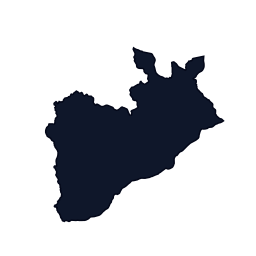 Pante Macassar, Ambeno, East Timor, rotated 162°
{"feature_id": "22284137B41915999739632", "entity_name": "Pante Macassar", "entity_type": "district", "adm_level": 2, "iso_a3": "TLS", "parent_name": "East Timor", "parent_adm1": "Ambeno", "projection": "orthographic", "projection_center": [124.394, -9.27], "detail": "fine", "context": "isolated", "style": "filled", "palette": "ink", "viewbox_px": 256, "rotation_deg": 162, "n_neighbors": 0, "source": "geoboundaries", "source_scale": "gbopen_adm2", "svg_char_len": 5855}
<svg xmlns="http://www.w3.org/2000/svg" viewBox="0 0 256 256"><g transform="rotate(162 128 128)"><path d="M97.9,202.5L98.7,201.4L98.5,199.2L98.1,197.2L98.9,194.9L100.4,193.7L100.5,192.9L100.0,191.7L100.4,191.3L100.5,190.6L101.0,190.2L101.1,189.9L100.2,185.7L100.6,184.1L100.6,183.1L100.1,182.3L99.6,181.8L98.8,181.3L95.6,180.1L95.1,179.7L94.8,178.6L95.2,176.6L94.6,175.1L94.1,174.2L92.9,173.7L92.6,173.4L92.4,173.0L92.3,172.4L92.5,171.5L94.0,168.7L94.0,168.2L93.7,167.4L93.8,166.3L94.5,165.2L95.5,165.2L97.5,164.5L98.7,164.4L99.3,164.8L100.9,166.8L101.3,168.3L101.8,168.3L102.3,167.9L103.0,166.5L103.8,166.1L105.3,166.3L109.7,165.3L110.2,165.0L111.1,165.4L111.9,165.5L114.5,163.6L114.6,162.9L114.3,161.1L114.4,160.8L115.5,159.4L115.5,158.4L114.3,155.1L114.5,154.1L114.4,153.2L113.4,152.3L111.7,151.6L111.4,151.2L111.2,149.5L112.0,147.6L112.1,146.4L111.9,144.9L112.1,144.4L115.3,143.6L118.8,143.4L119.6,143.1L119.9,142.6L119.5,141.8L119.6,141.4L120.2,140.4L120.3,139.7L120.5,139.3L121.8,139.5L122.4,139.8L122.6,140.8L122.7,142.0L123.0,142.8L122.8,143.7L123.0,145.6L123.2,146.3L125.4,148.4L126.4,148.9L126.7,149.5L127.8,149.8L130.2,148.7L132.1,148.2L133.6,148.4L135.6,150.3L136.0,152.0L136.3,152.4L140.1,155.6L141.0,156.2L142.0,156.4L144.4,156.1L145.9,156.3L147.4,157.1L147.9,158.0L149.7,160.0L150.8,160.3L151.4,159.6L151.8,159.6L152.3,160.0L152.4,160.9L153.0,161.9L153.1,163.0L153.1,163.4L152.3,164.8L151.7,166.5L151.7,167.0L151.8,167.5L152.6,168.3L153.0,169.4L153.4,169.7L155.8,170.4L156.2,171.2L156.5,172.4L156.9,172.8L157.6,172.7L158.2,172.2L159.7,172.1L160.6,173.6L160.6,175.2L161.2,176.1L162.5,175.9L164.1,176.4L164.3,176.7L164.4,177.7L165.7,179.0L165.9,178.8L166.4,178.8L166.7,178.3L167.2,178.1L167.4,178.1L167.9,178.4L169.0,177.7L169.7,176.9L170.3,176.9L171.0,177.6L171.7,177.7L173.5,175.8L174.2,175.8L174.8,176.1L175.5,175.6L176.6,175.6L178.7,175.9L179.3,175.6L180.7,174.6L181.1,173.6L182.2,173.1L183.1,173.4L184.0,173.3L184.6,174.0L185.3,174.5L186.1,173.7L186.5,173.0L187.5,172.8L187.9,173.4L187.6,174.0L187.8,174.7L188.3,175.3L190.4,174.5L190.8,174.1L191.0,172.9L190.3,172.3L190.1,172.0L190.3,170.5L190.8,170.0L191.3,169.9L191.2,168.9L191.7,167.3L190.9,165.9L191.9,164.3L191.4,162.8L191.6,161.0L191.8,160.6L193.3,160.0L193.7,159.4L194.2,159.2L194.5,158.3L195.2,157.6L195.4,156.7L196.2,155.0L196.6,154.6L197.5,154.6L198.5,155.2L201.7,156.2L202.1,156.1L202.3,155.3L202.8,154.8L203.4,154.3L205.2,153.6L205.6,152.8L206.1,152.5L207.0,151.1L207.6,149.4L207.6,147.6L207.4,146.7L207.3,145.1L205.3,142.7L204.9,142.6L204.2,139.7L202.8,138.3L202.5,137.4L202.6,137.0L203.0,136.7L203.1,136.2L202.9,135.2L203.3,134.7L203.3,133.7L203.0,133.1L203.2,132.4L202.1,129.1L202.0,127.8L202.0,126.5L203.1,123.7L204.2,122.0L205.8,120.3L206.6,118.7L207.4,114.4L207.7,113.8L208.4,113.8L208.9,114.4L209.4,114.5L210.1,114.2L210.4,113.6L210.4,113.0L209.6,112.2L209.7,110.9L209.2,108.6L209.7,107.7L210.0,106.7L210.8,106.1L211.1,105.6L210.8,104.1L210.4,103.2L210.6,102.7L210.1,101.8L210.1,101.1L210.2,100.0L211.0,99.3L211.4,98.6L211.1,96.9L210.5,96.2L210.3,95.3L210.4,93.8L210.9,92.6L210.7,91.3L211.5,90.0L211.3,89.0L211.7,88.0L211.4,86.3L211.8,84.7L212.2,84.2L212.1,83.5L214.0,82.5L215.1,81.3L215.4,80.7L216.0,80.8L216.5,80.2L217.5,80.0L217.3,79.0L218.3,78.3L218.4,77.8L218.7,77.5L220.2,77.1L221.1,77.1L221.0,76.6L221.5,76.3L221.9,76.6L222.2,76.4L222.1,75.7L220.8,75.0L219.9,74.4L219.9,74.2L220.5,73.9L220.5,72.8L220.9,71.9L220.6,70.9L220.5,69.4L219.6,67.8L219.7,66.9L219.4,65.9L219.6,63.5L219.0,61.9L219.0,60.3L218.6,59.7L217.7,59.2L217.5,58.9L216.5,59.3L215.0,59.0L213.0,57.4L212.1,57.4L211.7,57.6L210.4,57.9L206.1,56.2L204.5,55.9L202.4,55.0L197.7,53.6L196.3,53.5L193.7,53.9L191.2,55.1L187.5,54.2L182.9,54.0L181.8,54.1L180.2,54.7L177.6,56.2L175.7,56.9L174.8,57.4L172.3,57.9L171.4,58.4L169.8,60.0L168.5,61.6L167.0,62.5L165.6,64.7L164.4,65.4L163.7,66.0L163.0,67.6L162.4,68.3L161.4,69.0L160.6,69.1L158.6,68.5L158.6,68.2L158.2,68.2L156.7,68.5L156.0,68.9L154.8,70.3L152.3,72.5L149.4,73.0L147.5,73.6L144.7,74.9L143.1,75.4L141.2,76.5L140.5,76.6L138.6,76.2L135.1,75.9L133.4,76.2L131.0,76.3L127.3,75.0L122.6,74.4L121.2,74.7L120.2,74.5L116.5,74.9L113.4,75.0L112.3,75.7L110.9,75.9L109.6,76.4L104.9,78.0L104.0,77.8L103.0,76.9L102.0,76.5L100.6,76.5L98.3,76.9L97.5,77.3L96.5,78.2L95.0,80.2L93.8,84.2L93.2,85.2L91.5,86.8L90.9,86.9L90.2,86.8L89.4,87.1L87.7,88.4L86.2,89.2L84.1,89.4L83.0,89.7L77.0,92.8L73.4,94.4L67.3,95.5L64.5,96.5L63.5,97.4L62.6,99.4L60.6,102.4L59.0,104.0L57.7,104.3L56.5,103.7L54.9,103.3L52.7,103.1L51.3,103.6L50.1,103.5L47.9,103.0L46.8,103.2L43.7,104.5L41.8,104.5L40.5,104.8L38.5,104.6L36.8,104.8L35.0,105.3L36.2,107.5L36.8,108.0L37.5,108.3L38.5,109.4L40.1,112.3L40.2,113.5L40.6,114.2L39.4,117.4L39.3,118.2L41.1,121.2L40.9,122.3L40.1,124.4L40.2,124.9L40.4,125.5L41.9,127.9L42.4,129.7L43.7,130.4L44.1,131.5L46.7,134.6L46.6,135.7L46.8,137.7L47.7,138.6L47.9,139.4L48.5,140.1L49.2,142.0L49.9,142.9L50.1,144.0L50.1,145.3L49.7,146.2L49.9,146.9L49.4,148.2L50.0,149.0L49.9,149.5L49.0,150.4L48.7,151.3L48.5,152.3L48.6,152.7L49.0,153.2L50.5,153.8L50.9,154.7L50.7,154.9L48.5,155.5L47.6,155.9L46.6,157.1L44.7,158.3L43.4,158.9L40.5,159.4L39.3,160.0L38.1,161.1L37.3,162.0L36.6,163.3L35.9,165.6L35.5,168.6L33.8,172.8L44.6,174.0L45.2,173.8L46.2,172.6L46.6,172.4L47.9,172.6L48.9,172.5L49.4,172.8L50.6,171.8L53.2,170.5L53.6,168.9L54.3,168.0L54.5,166.3L55.1,165.4L55.6,165.2L61.2,170.7L62.2,174.0L64.0,176.7L65.7,176.9L66.2,176.7L66.3,176.4L66.5,175.1L67.2,172.8L67.1,172.0L68.7,167.2L68.7,166.1L70.8,163.0L71.6,162.2L72.6,163.0L73.8,162.3L76.1,163.5L77.5,163.5L79.3,165.7L81.6,167.3L82.0,167.8L83.1,169.2L84.3,171.6L84.4,173.6L84.1,176.7L84.1,179.9L83.4,181.2L81.5,183.7L81.2,184.6L81.2,186.1L81.9,188.5L82.2,190.6L82.9,191.5L90.2,195.6L90.8,196.1L91.1,196.8L91.9,196.8L94.4,199.3L96.0,200.1L96.2,200.7L96.7,200.9L97.9,202.5Z" fill="#0f172a" stroke="#020617" stroke-width="1.5"/></g></svg>